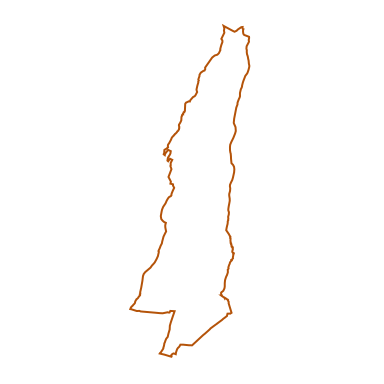 Calpan, Puebla, Mexico, rotated 83°
{"feature_id": "50627088B82684012810094", "entity_name": "Calpan", "entity_type": "district", "adm_level": 2, "iso_a3": "MEX", "parent_name": "Mexico", "parent_adm1": "Puebla", "projection": "orthographic", "projection_center": [-98.482, 19.103], "detail": "fine", "context": "isolated", "style": "outline", "palette": "amber", "viewbox_px": 384, "rotation_deg": 83, "n_neighbors": 0, "source": "geoboundaries", "source_scale": "gbopen_adm2", "svg_char_len": 5982}
<svg xmlns="http://www.w3.org/2000/svg" viewBox="0 0 384 384"><g transform="rotate(83 192 192)"><path d="M240.9,159.6L238.4,160.5L234.1,162.7L231.5,161.9L229.3,161.1L228.4,160.7L226.9,160.3L225.4,160.1L224.5,159.5L223.8,159.5L223.0,159.2L221.9,159.2L220.9,159.1L218.7,158.2L216.5,157.8L214.8,158.2L213.7,158.1L212.1,157.7L210.7,157.3L207.9,156.4L205.3,155.6L203.1,155.4L200.2,155.5L198.5,155.3L195.6,154.1L193.0,153.6L191.0,153.7L189.5,153.4L187.4,152.2L185.0,150.6L182.7,149.6L177.6,147.8L174.6,147.2L172.1,147.2L170.0,148.0L168.3,149.3L163.7,149.2L161.4,149.0L158.6,148.9L157.7,149.1L155.3,149.2L151.8,148.8L149.7,148.3L147.2,146.9L143.4,144.4L139.2,142.1L136.8,141.1L133.1,140.9L132.5,141.0L128.9,142.1L128.3,142.1L124.3,141.2L113.5,137.7L112.0,136.9L110.7,136.2L109.2,136.0L108.0,135.5L106.7,134.8L105.2,134.0L104.2,133.3L102.8,132.7L100.9,132.5L99.5,132.3L96.0,131.0L95.5,130.7L94.8,130.2L93.5,129.5L92.7,129.4L91.1,128.8L89.6,128.2L88.1,127.5L83.2,124.9L81.5,123.2L80.5,122.4L77.6,121.0L75.3,120.1L73.9,119.7L71.4,119.9L68.6,119.8L66.8,120.0L64.7,120.1L63.8,120.2L62.4,120.5L61.8,120.6L59.8,120.6L57.8,120.3L56.7,120.5L56.2,120.5L55.3,120.3L54.0,120.0L49.9,117.2L49.4,117.1L48.1,117.2L47.3,116.9L46.3,116.6L45.9,116.5L44.9,116.5L42.5,121.0L41.9,121.5L40.8,121.8L38.9,121.8L37.8,121.6L37.1,121.5L36.7,121.2L36.5,121.6L35.7,121.9L35.2,121.9L34.4,121.7L34.4,123.0L36.3,126.7L37.4,128.1L38.1,130.2L37.3,131.5L31.0,140.4L32.0,140.2L33.7,140.0L34.7,140.3L35.5,140.6L37.9,140.5L43.6,144.2L45.3,143.4L46.8,143.5L49.5,144.9L51.4,145.7L53.7,146.6L54.5,146.5L57.5,148.4L58.8,150.1L59.3,152.8L61.0,155.6L70.1,163.8L71.7,163.9L73.0,164.8L73.1,165.8L74.6,168.7L76.5,170.2L78.3,170.6L78.9,171.0L81.1,172.0L82.2,171.7L82.9,172.3L84.1,172.4L86.8,173.6L90.7,175.0L92.0,175.0L93.4,174.7L96.7,177.0L97.3,177.8L97.9,179.4L100.4,182.2L100.9,182.6L101.9,183.1L101.6,184.0L102.6,187.1L103.7,188.0L110.2,189.1L110.6,189.1L110.9,189.3L111.1,189.7L111.4,190.0L111.9,190.0L111.9,190.3L111.9,190.6L112.7,191.0L113.1,191.4L113.5,191.4L113.7,191.6L114.0,191.5L114.1,192.2L114.3,192.4L114.9,192.7L115.3,192.7L116.2,193.3L119.6,193.9L121.6,195.1L123.6,196.7L124.7,196.9L125.3,196.7L125.8,196.7L126.1,196.9L126.6,196.8L126.9,196.8L127.2,196.9L127.6,197.2L128.3,197.3L128.8,197.8L129.5,198.2L129.8,198.7L129.9,199.0L130.3,199.4L130.7,199.6L130.9,199.8L131.3,200.3L131.9,201.0L132.0,201.2L132.3,201.8L132.5,202.0L132.8,202.1L132.9,202.3L133.0,202.5L133.3,202.9L133.7,203.1L134.4,204.1L135.6,205.4L137.6,206.5L140.7,208.7L142.1,210.0L143.5,210.4L144.7,210.3L146.0,212.3L146.8,214.2L147.5,214.4L148.4,214.6L149.2,214.6L151.1,215.5L152.1,214.5L151.2,214.2L150.1,213.4L148.6,211.9L147.3,210.5L148.9,208.1L149.4,208.3L150.8,208.6L152.1,209.3L154.9,211.6L156.5,212.2L156.9,211.8L157.9,212.5L158.6,211.9L156.3,209.8L157.7,207.7L160.4,209.5L161.6,209.8L162.8,209.8L163.5,210.3L166.8,209.6L174.2,213.5L179.1,211.7L181.1,212.4L181.8,210.5L182.1,209.9L183.2,210.1L185.7,209.2L188.4,210.9L190.7,212.2L191.8,212.7L192.7,212.8L193.5,213.5L194.2,215.3L195.2,216.4L197.4,218.1L200.1,219.7L203.2,222.4L205.9,223.9L207.9,224.6L212.1,225.9L215.1,225.8L217.0,224.6L218.5,223.2L219.4,221.7L221.7,222.6L223.6,222.8L225.6,222.7L228.0,222.5L229.7,223.7L232.8,225.7L237.5,227.6L239.4,228.2L241.6,229.7L243.9,230.9L245.8,232.1L246.6,232.5L247.1,232.2L248.1,232.4L249.6,233.0L251.4,233.6L254.2,235.3L257.4,237.6L258.6,238.9L260.2,240.8L262.0,242.4L263.9,245.3L265.8,248.2L267.5,249.9L269.5,250.9L274.3,252.1L280.9,254.1L285.3,255.7L285.5,255.7L286.1,255.6L286.6,255.8L286.9,256.2L287.1,256.3L287.7,256.0L288.1,256.1L288.3,256.3L288.4,256.5L289.0,257.0L289.3,257.5L290.5,258.4L291.3,259.4L291.6,260.1L292.0,260.3L292.7,261.0L293.8,261.7L294.3,261.9L294.8,262.0L295.1,262.1L295.8,262.7L296.4,263.4L296.7,263.9L297.4,264.5L298.0,265.3L298.3,265.8L299.1,266.6L299.7,267.0L300.7,267.5L301.0,266.5L303.4,261.3L303.6,258.7L304.3,257.5L306.1,249.0L307.5,242.4L308.3,238.8L308.8,235.9L308.4,230.9L308.8,229.9L308.9,229.0L307.4,228.0L308.2,223.8L310.9,225.1L312.9,226.1L319.0,229.0L322.1,230.3L325.7,230.9L329.6,232.6L332.9,233.8L334.4,235.4L336.1,236.4L338.2,237.4L338.8,237.9L340.1,238.2L341.2,238.6L342.1,238.9L342.7,239.3L343.7,239.5L344.3,239.9L347.5,242.6L347.9,243.3L348.4,243.7L350.1,239.1L352.5,233.7L353.0,232.5L352.8,232.3L352.3,232.3L351.5,232.5L350.5,231.4L350.2,230.7L350.0,229.9L350.1,229.6L351.0,227.9L349.2,227.4L346.3,226.0L345.1,225.0L344.0,223.5L342.1,222.1L342.5,219.2L343.7,213.9L344.0,211.9L344.2,210.6L335.4,198.4L334.1,196.3L330.4,191.0L329.7,190.3L322.7,177.9L321.5,176.2L321.0,175.2L319.3,172.4L319.2,172.4L317.1,171.6L317.3,169.1L317.4,168.9L316.7,167.5L306.9,169.2L305.5,169.0L304.9,169.2L304.1,169.6L303.9,169.6L303.5,169.4L303.1,169.7L302.9,170.0L302.8,170.3L301.9,171.2L301.0,172.3L301.4,172.5L300.9,172.7L298.8,175.1L298.4,175.5L298.5,174.9L296.9,175.5L296.3,175.5L295.6,175.4L295.0,174.9L294.7,174.2L293.9,173.0L291.7,171.6L290.8,171.3L289.7,171.0L286.5,170.6L283.8,170.0L283.2,169.8L280.8,168.7L279.7,168.1L279.1,167.6L276.8,166.5L276.1,166.2L274.2,166.0L273.5,166.0L272.5,165.1L272.1,165.0L271.2,165.1L270.8,164.9L268.7,163.9L268.0,163.4L267.3,163.1L266.8,163.0L266.2,162.6L265.9,162.2L265.4,161.7L265.0,161.4L264.4,161.4L264.4,161.2L264.5,160.7L264.0,160.6L263.7,160.4L263.3,159.9L262.8,159.4L261.7,159.4L260.7,159.0L260.2,158.9L259.4,158.6L259.2,158.6L258.9,158.7L258.7,158.7L258.5,158.2L258.3,158.0L257.9,157.9L257.5,158.2L257.4,158.5L257.1,158.9L256.5,159.3L256.2,159.3L255.6,159.2L254.6,158.8L254.3,158.5L253.6,158.5L253.4,158.6L253.0,158.5L252.9,158.5L252.7,158.3L252.5,158.2L252.2,158.4L252.3,158.6L252.1,158.7L251.5,158.5L251.3,158.5L251.2,158.7L251.4,158.8L251.3,159.0L251.2,159.3L250.8,159.4L249.6,159.2L249.4,159.2L249.0,159.6L248.8,159.6L248.5,159.6L248.1,159.4L247.8,159.4L247.7,159.5L247.6,159.8L247.4,159.9L247.1,159.9L246.8,159.7L245.2,159.8L243.4,159.5L242.8,159.4L242.4,159.6L242.2,159.8L241.5,159.4L241.2,159.3L240.9,159.4L240.9,159.6Z" fill="none" stroke="#b45309" stroke-width="2"/></g></svg>